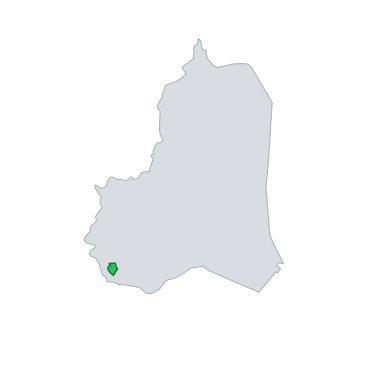 Duhok, Dihok, Iraq (highlighted), rotated 234°
{"feature_id": "34846034B6031553398703", "entity_name": "Duhok", "entity_type": "district", "adm_level": 2, "iso_a3": "IRQ", "parent_name": "Iraq", "parent_adm1": "Dihok", "projection": "robinson", "projection_center": [43.064, 36.944], "detail": "fine", "context": "in_parent", "style": "filled", "palette": "green", "viewbox_px": 384, "rotation_deg": 234, "n_neighbors": 0, "source": "geoboundaries", "source_scale": "gbopen_adm2", "svg_char_len": 4295}
<svg xmlns="http://www.w3.org/2000/svg" viewBox="0 0 384 384"><g transform="rotate(234 192 192)"><path d="M159.6,78.4L161.9,77.8L166.2,74.3L168.8,71.0L169.6,70.7L171.9,71.8L173.5,72.1L177.3,70.8L179.5,71.5L181.4,72.3L182.4,72.4L187.5,74.4L188.7,74.7L191.3,74.9L195.2,75.0L197.7,73.7L199.4,72.4L200.7,72.4L201.9,72.7L202.9,73.3L203.7,74.2L204.2,75.6L204.0,80.0L204.4,81.2L205.1,82.0L206.0,82.2L207.0,81.2L208.8,79.8L211.1,78.3L212.8,76.9L213.7,76.4L215.3,76.5L216.8,76.7L217.6,77.4L217.6,77.6L218.4,79.7L220.4,87.4L221.6,88.3L222.9,89.2L223.8,90.3L224.2,91.5L224.1,93.2L224.1,95.3L224.7,96.9L225.4,98.1L226.1,98.7L227.2,98.8L228.4,99.1L229.2,100.3L232.0,109.1L232.2,110.2L233.4,110.6L235.2,110.4L237.1,111.3L239.1,112.7L241.1,115.4L242.4,115.9L246.3,115.5L251.8,115.9L254.4,117.3L254.2,118.1L252.2,119.1L248.7,120.2L247.7,122.1L247.2,124.5L247.3,125.9L248.2,127.4L250.7,130.4L250.8,131.5L251.3,133.0L251.7,134.1L251.3,136.1L249.0,137.5L246.1,139.0L240.2,145.7L239.8,147.1L239.9,151.1L239.3,152.3L237.4,152.2L236.0,152.0L235.9,153.4L235.0,155.3L234.5,156.9L236.7,160.7L237.1,162.7L236.7,164.6L234.8,167.7L233.6,169.9L233.9,170.4L235.4,171.2L240.4,178.2L242.0,180.6L244.1,180.0L244.8,180.0L245.5,180.4L245.8,181.3L245.8,182.3L245.3,183.9L248.0,184.5L248.9,186.1L252.1,191.5L252.0,193.2L250.5,195.7L250.5,197.4L250.9,199.0L251.3,199.5L255.9,199.7L257.8,200.3L262.6,203.1L268.0,207.4L272.5,210.9L276.3,213.8L280.3,213.6L281.4,214.2L282.4,215.1L283.6,217.5L286.0,223.1L288.0,224.9L291.0,229.3L293.9,233.5L292.2,239.1L290.4,245.0L290.5,252.6L290.6,256.6L294.4,256.8L298.7,257.0L298.9,261.9L299.0,266.8L299.1,272.3L300.4,272.6L302.4,273.8L303.3,275.6L304.4,276.5L305.7,276.7L307.0,277.6L308.3,279.2L308.8,280.4L308.5,281.3L308.8,282.7L309.7,284.8L310.8,285.8L312.5,287.0L310.2,287.7L307.7,287.2L302.4,284.7L300.7,284.7L298.5,285.6L298.4,286.4L292.8,283.7L290.8,283.1L290.1,283.1L286.9,283.1L282.3,283.6L279.7,284.7L277.8,285.9L277.0,287.1L276.7,287.7L275.3,291.1L273.6,295.5L271.9,299.5L268.6,305.0L266.7,307.6L262.7,312.4L258.4,313.3L248.3,312.4L237.1,311.3L225.9,310.3L217.6,309.5L217.0,309.3L208.8,302.4L202.3,297.1L194.2,290.3L185.9,283.5L177.5,276.5L171.5,271.5L164.1,265.0L157.4,259.0L152.1,254.4L145.4,250.3L140.1,247.1L132.4,242.4L126.3,238.7L121.0,235.5L112.9,230.6L110.2,229.3L101.9,227.6L93.9,226.2L85.7,224.8L80.2,223.8L83.9,220.4L82.8,217.2L80.1,217.8L77.7,218.5L76.3,213.7L78.2,213.1L76.5,206.7L74.8,200.2L73.2,193.8L71.5,187.4L78.5,183.2L83.7,180.1L91.0,175.8L98.0,171.6L104.7,167.6L112.1,163.2L118.6,159.3L124.6,157.7L125.9,156.5L128.7,151.1L131.0,146.5L131.2,145.5L131.2,139.0L131.7,131.4L132.5,127.3L133.8,123.8L135.1,121.1L135.2,118.7L135.1,116.2L133.8,112.4L132.5,108.5L132.7,104.7L133.0,102.7L133.8,99.5L135.2,97.1L136.8,95.7L142.4,94.2L145.8,93.3L150.2,89.1L152.9,86.6L156.6,82.7L159.4,79.8L159.6,78.8L159.6,78.4Z" fill="#d9dde1" stroke="#a8b0b8" stroke-width="1"/><path d="M177.1,78.3L176.9,78.5L176.6,78.5L176.4,78.6L176.3,78.8L175.9,78.7L175.6,78.5L175.5,78.4L175.4,78.4L175.2,78.4L174.9,78.4L174.6,78.4L174.3,78.4L174.0,78.5L173.8,78.6L173.7,78.7L173.6,78.9L173.4,79.0L172.4,79.0L172.0,79.0L171.8,79.1L171.7,79.1L171.3,79.2L171.0,79.3L171.3,79.5L171.7,79.8L171.5,80.1L171.2,80.4L171.1,80.7L171.3,80.9L171.5,81.3L171.7,81.5L171.8,82.0L171.7,82.3L171.9,82.6L172.1,82.8L172.3,83.0L172.5,83.1L173.1,83.6L173.0,83.9L172.9,84.0L172.7,84.1L172.8,84.3L173.0,84.7L173.2,85.0L173.3,85.2L173.2,85.2L172.9,85.3L172.9,85.5L173.0,85.7L173.2,85.9L173.2,86.0L173.3,86.2L173.5,86.2L173.6,86.3L173.7,86.5L173.9,86.5L174.0,86.6L174.5,86.6L175.1,86.8L176.0,86.8L176.3,86.8L176.7,87.0L177.4,87.2L177.5,87.3L177.7,87.5L177.8,87.6L178.1,87.7L178.5,87.9L178.9,88.0L178.9,87.9L179.3,87.9L179.6,87.9L179.8,87.6L180.0,87.3L180.3,86.8L181.0,85.9L181.2,85.5L181.2,84.9L181.4,84.8L181.5,84.6L181.9,84.6L182.1,84.5L182.2,84.2L182.5,83.7L182.7,83.4L182.8,83.2L182.6,83.2L182.4,83.1L182.2,83.0L182.0,82.7L181.9,82.4L181.8,82.2L181.6,82.3L181.2,82.4L180.8,82.6L180.7,82.4L180.6,82.2L180.5,81.9L180.4,81.7L180.4,81.4L180.4,81.1L180.4,80.8L180.5,80.7L180.5,80.2L180.5,79.8L180.3,79.6L180.1,79.4L179.9,79.3L179.5,79.2L179.3,79.1L179.2,79.0L179.1,78.8L179.0,78.7L178.8,78.6L178.5,78.5L178.4,78.5L178.1,78.6L177.9,78.6L177.5,78.4L177.4,78.4L177.1,78.3Z" fill="#22c55e" stroke="#15803d" stroke-width="1.5"/></g></svg>